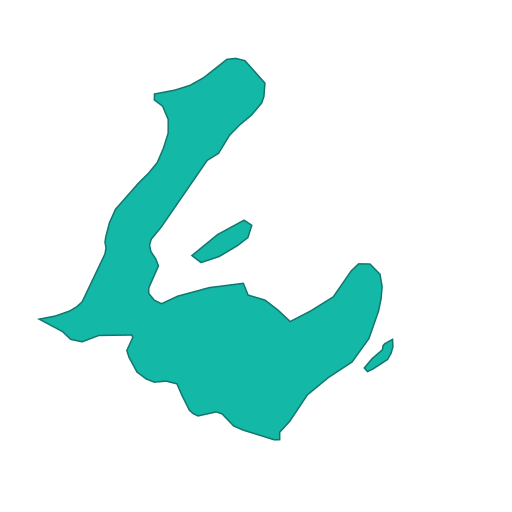 SVG path tracing the border of Haiti, rotated 117°
{"feature_id": "HTI", "entity_name": "Haiti", "entity_type": "country or territory", "adm_level": 0, "iso_a3": "HTI", "parent_name": "North America", "parent_adm1": "", "projection": "equal_earth", "projection_center": [-72.755, 19.066], "detail": "fine", "context": "isolated", "style": "filled", "palette": "teal", "viewbox_px": 512, "rotation_deg": 117, "n_neighbors": 0, "source": "natural_earth", "source_scale": "50m", "svg_char_len": 1509}
<svg xmlns="http://www.w3.org/2000/svg" viewBox="0 0 512 512"><g transform="rotate(117 256 256)"><path d="M408.9,151.5L411.5,156.3L417.0,188.5L417.6,198.8L412.1,214.4L412.9,220.6L424.8,235.0L425.0,240.2L423.6,245.4L413.5,259.1L405.8,268.4L408.3,279.2L414.6,289.4L415.4,297.9L413.5,309.2L403.9,323.2L398.8,328.2L384.5,328.8L382.8,330.8L390.0,344.5L398.2,360.0L411.4,372.0L414.4,383.3L411.2,394.0L410.7,420.5L400.6,407.6L389.4,396.9L382.7,392.7L375.8,390.1L322.8,391.5L316.9,393.3L312.3,396.8L307.3,398.5L292.7,401.7L278.2,402.4L244.4,393.8L230.9,389.3L217.5,386.4L202.0,387.4L186.5,390.0L174.2,396.2L164.9,407.2L163.1,417.4L157.7,420.0L145.2,403.8L133.8,392.2L120.7,383.5L94.0,371.2L89.1,363.7L87.0,354.5L97.9,326.5L110.2,321.4L117.0,320.4L132.2,323.9L147.0,330.2L160.5,334.4L181.5,336.0L192.9,342.9L273.4,353.6L288.7,357.0L294.6,355.8L299.8,351.6L304.1,344.0L309.1,338.4L333.0,337.1L338.0,334.6L341.5,326.7L341.4,318.5L327.3,307.5L305.4,283.3L286.1,254.9L294.4,245.3L291.2,227.8L294.3,211.6L298.9,195.8L279.9,182.2L257.3,168.6L226.0,164.4L216.4,161.0L211.4,150.8L216.0,137.2L226.1,129.7L237.7,125.0L249.6,121.8L278.3,117.9L306.8,122.3L331.4,136.3L356.4,147.2L388.0,150.9L402.3,154.9L408.9,151.5ZM286.8,302.0L284.7,313.3L254.2,299.9L229.5,282.9L230.6,273.7L243.2,271.6L255.3,277.3L273.2,288.6L286.8,302.0ZM303.6,100.5L308.4,104.2L306.6,108.7L294.6,105.9L282.2,100.8L278.1,102.1L275.6,101.4L268.3,96.5L274.7,92.8L281.3,91.5L288.5,91.8L303.6,100.5Z" fill="#14b8a6" stroke="#0f766e" stroke-width="1.5"/></g></svg>